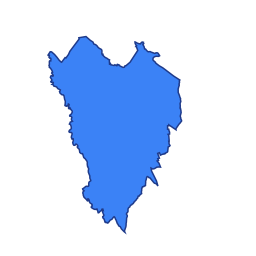 Tepeojuma, Puebla, Mexico (Equal Earth projection), rotated 165°
{"feature_id": "50627088B71138108989678", "entity_name": "Tepeojuma", "entity_type": "district", "adm_level": 2, "iso_a3": "MEX", "parent_name": "Mexico", "parent_adm1": "Puebla", "projection": "equal_earth", "projection_center": [-98.425, 18.729], "detail": "fine", "context": "isolated", "style": "filled", "palette": "blue", "viewbox_px": 256, "rotation_deg": 165, "n_neighbors": 0, "source": "geoboundaries", "source_scale": "gbopen_adm2", "svg_char_len": 5839}
<svg xmlns="http://www.w3.org/2000/svg" viewBox="0 0 256 256"><g transform="rotate(165 128 128)"><path d="M183.4,221.8L186.4,219.1L186.3,218.8L185.3,218.7L185.2,218.2L185.7,217.4L185.7,217.1L186.0,216.7L185.4,215.6L185.0,215.7L184.6,215.3L184.6,214.5L185.3,212.8L185.8,213.1L186.4,213.1L186.8,212.5L187.5,209.7L188.1,209.0L188.0,207.9L188.3,207.0L187.4,205.8L186.6,203.4L186.4,201.4L187.2,201.2L187.5,200.8L186.6,198.3L186.8,197.7L187.4,197.6L188.3,198.3L189.1,198.2L189.9,196.9L189.1,194.5L189.3,193.6L190.5,192.9L190.4,192.1L188.6,191.6L188.4,191.1L188.9,190.3L190.1,189.8L189.1,189.2L188.9,188.6L188.8,187.7L186.8,186.5L186.2,185.9L185.7,184.3L183.5,182.3L184.2,181.2L184.7,181.0L184.6,179.2L183.2,177.2L181.9,176.7L181.5,175.6L181.8,172.0L181.6,170.2L182.3,167.9L183.1,166.1L182.8,165.6L182.0,165.1L181.8,165.0L181.8,165.3L181.5,165.0L181.1,164.9L180.3,165.5L179.9,165.5L179.4,166.6L178.8,166.0L180.1,163.1L180.3,162.3L179.9,161.8L179.0,162.6L178.8,162.5L178.5,160.8L177.6,159.1L177.6,158.5L177.7,157.8L179.1,156.2L180.7,155.6L181.2,154.9L181.1,154.4L179.9,154.0L179.5,153.0L179.6,152.4L180.0,152.0L180.4,151.1L180.5,150.2L179.9,148.9L182.3,148.6L183.0,147.5L183.6,147.0L182.7,146.1L182.5,144.3L182.8,142.3L183.8,141.4L184.9,141.1L185.5,140.6L186.0,139.7L185.8,139.2L185.0,138.6L184.3,138.6L183.9,138.3L183.6,137.8L183.4,137.2L183.7,136.3L184.7,134.8L185.2,133.5L184.9,131.7L184.6,131.7L184.3,132.1L183.8,131.9L183.7,131.6L184.1,130.0L185.2,128.2L185.2,126.6L184.9,125.5L184.5,125.2L183.7,125.1L182.9,125.6L182.7,125.9L182.3,125.9L181.8,125.5L181.1,124.2L181.1,123.6L181.3,123.1L181.9,122.9L181.9,122.3L181.5,121.5L181.0,120.8L180.6,119.8L180.9,116.9L180.3,115.9L179.6,115.2L178.7,115.1L178.5,114.6L178.4,111.1L177.9,110.1L177.5,109.8L177.1,108.8L176.2,106.4L176.2,105.3L176.7,103.8L177.0,101.7L177.0,101.4L176.8,101.2L176.9,100.4L176.6,99.5L176.6,98.6L177.3,97.3L177.7,95.7L177.7,95.1L177.3,91.6L177.8,89.5L177.8,88.7L177.5,87.3L177.6,86.7L179.4,86.0L179.8,85.6L180.3,84.6L180.9,82.3L181.3,82.0L182.1,82.0L182.6,82.4L183.8,82.5L186.3,81.4L187.6,81.0L187.6,80.6L187.5,79.9L186.7,78.7L187.9,78.0L188.3,77.3L188.5,76.8L188.4,75.8L188.6,74.6L188.5,73.5L188.4,72.5L186.7,69.7L186.1,68.2L185.8,68.0L185.5,68.0L185.2,69.9L184.8,69.9L184.4,69.4L184.2,68.3L184.3,66.4L184.1,65.7L184.0,65.3L182.8,64.1L182.6,63.8L182.5,63.1L182.6,62.7L182.8,62.9L182.9,62.2L183.2,61.6L183.5,61.3L184.0,61.2L184.0,60.8L183.2,59.7L181.6,58.2L180.1,57.7L179.1,57.8L178.8,57.6L179.0,56.9L178.7,55.6L178.8,53.9L178.4,53.7L177.9,53.8L176.6,54.7L175.0,55.2L174.4,56.0L174.1,55.8L174.0,56.3L173.3,56.2L173.3,55.1L173.5,55.3L174.3,53.7L174.1,51.5L173.9,50.6L173.9,49.9L174.5,49.2L175.3,49.0L175.5,48.6L175.3,47.1L174.6,46.1L174.6,44.0L174.5,43.0L174.0,43.0L173.7,42.2L172.9,42.2L172.4,41.5L171.8,41.5L171.3,42.1L170.3,42.4L169.7,43.2L169.0,43.6L167.1,44.0L165.3,45.5L164.4,45.9L164.1,45.6L163.8,44.5L163.6,42.8L163.4,42.4L163.0,38.3L162.5,37.4L162.4,36.8L162.4,36.1L161.8,35.3L161.0,34.7L160.5,32.3L158.6,28.9L158.0,28.1L158.1,28.9L158.0,29.6L155.6,33.2L154.9,34.9L154.6,36.2L154.0,37.3L152.6,41.5L151.7,42.6L151.4,43.4L151.4,43.9L151.8,45.1L151.7,45.5L151.3,46.1L150.3,46.6L149.5,47.6L149.1,49.4L148.5,50.4L147.9,50.9L146.7,51.3L145.9,52.4L145.5,52.7L144.6,52.8L144.0,53.0L143.6,53.5L142.9,53.5L142.0,54.1L141.6,54.8L140.8,55.0L140.2,55.6L138.7,56.4L137.6,57.5L136.7,57.9L136.5,58.5L135.7,59.6L134.7,59.4L133.5,60.5L131.8,61.1L131.7,62.7L131.3,63.4L131.1,64.0L130.9,64.2L130.4,66.2L129.9,66.4L129.6,67.1L129.2,67.5L128.3,67.3L127.7,67.4L127.6,67.7L127.2,67.9L126.6,67.7L126.0,67.9L125.7,69.0L125.0,70.9L124.7,72.2L123.8,73.4L122.8,75.4L122.1,76.1L121.6,76.0L120.8,75.0L120.6,74.6L119.7,74.1L117.3,68.8L116.8,67.9L115.4,67.0L114.8,66.0L114.1,64.2L114.2,69.5L116.4,80.4L116.1,83.3L114.7,82.0L112.9,81.9L110.3,82.7L108.4,82.4L106.7,81.8L107.2,86.0L108.4,88.6L106.9,88.8L107.2,90.6L105.5,90.7L105.9,95.8L104.0,96.0L103.7,93.4L101.6,93.7L99.4,93.5L99.4,93.9L98.3,93.8L97.7,94.3L96.3,94.5L95.8,94.9L94.1,99.3L93.3,99.6L92.7,99.5L91.9,100.3L92.5,102.0L92.1,103.3L92.1,104.6L91.7,104.5L91.4,105.6L90.6,110.1L90.6,110.7L90.9,111.5L89.4,111.4L88.9,113.2L89.1,115.0L89.0,116.3L90.1,116.6L89.2,119.9L87.8,119.6L87.7,120.4L82.1,113.9L81.9,114.9L77.9,118.4L76.7,119.1L74.4,120.9L74.3,121.7L74.6,122.9L74.4,124.6L74.5,125.6L74.4,126.1L72.7,129.1L72.3,131.6L72.4,132.5L72.3,132.4L72.2,133.6L72.3,134.2L72.2,134.8L71.8,135.7L71.4,138.1L70.1,140.0L70.0,141.8L69.6,142.9L69.9,144.1L69.9,146.0L70.3,149.5L70.0,150.4L69.5,152.6L68.1,155.1L67.7,155.5L67.3,156.5L67.4,157.1L66.5,158.7L66.3,159.0L66.4,159.6L66.1,160.4L65.5,160.9L70.4,166.3L78.8,177.1L81.7,180.0L84.4,183.5L84.5,184.5L85.2,185.3L86.3,187.4L85.9,188.5L85.5,189.2L84.4,189.8L83.6,190.0L82.2,190.0L80.0,189.3L78.8,189.5L78.7,189.6L79.5,192.1L80.0,192.9L81.5,193.4L82.3,193.1L82.8,193.1L86.1,195.4L86.9,196.1L88.7,196.4L89.2,196.8L90.1,198.4L90.6,199.7L91.5,200.1L91.4,202.4L92.0,204.7L91.0,205.4L91.5,206.1L91.3,206.8L91.1,206.9L91.5,207.2L92.2,207.3L92.8,207.2L93.3,206.9L94.0,206.1L94.5,206.1L95.9,206.8L97.1,207.6L98.7,209.2L99.0,209.3L99.2,207.7L98.8,205.8L98.4,205.3L99.2,204.7L98.9,204.6L98.5,200.4L109.0,191.0L113.9,188.7L114.7,188.8L115.2,188.6L115.6,187.8L115.8,187.7L117.1,187.8L119.5,189.8L120.4,190.9L120.2,191.1L120.8,191.6L121.6,192.1L122.2,191.5L122.3,191.9L123.1,191.3L124.3,192.5L125.3,192.0L128.2,193.5L128.1,194.0L128.4,194.9L128.8,194.3L129.3,194.4L128.6,197.9L128.2,198.6L129.3,199.5L130.3,200.8L131.8,202.1L133.0,203.9L133.2,205.7L133.8,205.4L134.0,206.6L133.2,209.2L133.2,210.2L133.4,210.8L135.1,212.4L136.0,213.6L136.6,215.3L137.6,216.8L139.3,218.0L139.6,220.1L141.7,222.4L144.9,227.2L152.1,227.9L152.2,226.6L164.3,217.1L166.5,214.4L169.8,211.7L170.5,212.3L175.1,208.7L175.6,209.1L176.9,211.2L178.4,214.9L179.9,218.0L182.1,221.3L183.4,221.8Z" fill="#3b82f6" stroke="#1e3a8a" stroke-width="1.5"/></g></svg>